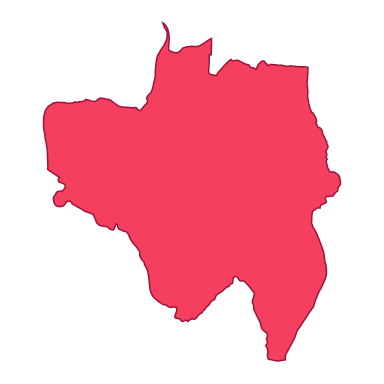 Pursat, Pouthisat, Cambodia (Robinson projection)
{"feature_id": "14789045B81185563432345", "entity_name": "Pursat", "entity_type": "district", "adm_level": 2, "iso_a3": "KHM", "parent_name": "Cambodia", "parent_adm1": "Pouthisat", "projection": "robinson", "projection_center": [103.921, 12.468], "detail": "fine", "context": "isolated", "style": "filled", "palette": "rose", "viewbox_px": 384, "rotation_deg": 0, "n_neighbors": 0, "source": "geoboundaries", "source_scale": "gbopen_adm2", "svg_char_len": 5948}
<svg xmlns="http://www.w3.org/2000/svg" viewBox="0 0 384 384"><path d="M47.2,149.2L47.7,160.8L47.9,166.6L47.6,169.4L50.9,171.7L54.5,174.1L59.5,177.5L58.8,177.9L58.3,179.5L58.4,181.4L59.6,182.3L61.9,183.0L64.3,184.1L65.2,184.9L65.2,187.3L63.7,189.6L62.7,190.8L57.3,191.6L56.4,192.6L55.4,194.5L53.7,196.8L53.3,199.3L53.7,200.4L53.9,202.4L54.7,203.9L55.9,205.5L57.1,206.2L59.1,206.7L61.3,206.5L63.5,205.9L67.1,201.4L68.5,201.1L70.3,201.4L71.6,202.4L72.3,204.1L74.3,205.0L77.6,207.0L81.3,208.9L83.6,210.6L85.5,211.5L90.6,213.2L93.0,214.4L93.9,216.1L95.0,218.5L96.2,221.7L96.8,222.9L98.5,224.7L100.0,225.4L102.2,226.1L104.9,226.5L106.7,226.5L108.5,227.7L109.9,229.2L113.1,230.0L114.2,228.9L115.2,225.9L116.4,223.7L117.5,224.7L117.8,227.0L118.3,228.3L119.0,229.3L120.5,229.7L121.4,230.1L122.1,230.6L123.9,231.2L126.3,231.8L127.3,232.8L128.8,235.1L129.6,237.4L130.4,239.1L132.1,241.8L133.7,243.9L136.6,247.1L137.7,248.7L138.7,250.3L139.8,251.8L139.8,255.5L140.0,256.4L141.1,258.6L142.6,260.7L144.1,262.1L144.2,263.0L144.4,264.4L146.5,268.1L147.3,270.0L147.8,271.8L148.4,274.8L148.8,277.3L149.9,288.4L150.5,291.2L151.7,294.4L153.3,296.9L154.6,298.3L156.6,299.9L157.6,300.9L158.9,301.9L160.1,302.5L163.2,304.6L166.2,305.1L167.1,305.8L167.7,306.4L170.0,307.3L171.3,307.4L172.5,307.2L173.8,306.9L174.7,307.0L176.3,307.6L176.8,309.6L176.7,310.7L176.3,312.5L175.6,313.8L174.9,316.3L175.1,317.8L177.6,318.6L180.0,318.9L181.1,320.8L182.3,321.4L183.4,321.4L184.9,320.3L185.9,320.3L186.7,320.9L187.9,321.4L189.2,320.5L190.3,319.6L191.3,319.1L192.3,318.9L193.5,319.2L194.3,319.3L195.6,318.6L196.4,317.8L198.4,315.3L199.3,314.4L200.3,313.7L201.6,313.1L202.3,312.2L202.9,311.1L204.4,309.8L205.1,309.2L205.8,307.9L206.9,306.7L207.7,305.9L208.5,305.5L209.2,304.6L210.1,303.0L212.3,300.5L213.6,300.1L214.5,299.5L215.3,297.8L215.8,296.3L216.4,295.1L218.2,293.9L219.8,292.7L221.8,291.5L223.8,289.6L227.1,286.9L227.9,286.8L229.0,286.5L229.2,285.2L230.1,284.5L230.7,284.1L231.4,283.7L232.5,283.3L232.8,281.9L232.8,280.8L233.0,279.4L233.2,278.5L233.4,277.8L234.0,277.0L235.7,276.4L237.1,276.9L238.5,279.2L239.8,280.6L240.6,281.0L243.4,280.8L244.3,281.4L245.4,282.4L248.0,285.1L249.7,287.2L251.4,289.4L254.5,293.3L253.9,295.7L253.3,298.2L252.8,299.6L252.3,301.5L252.4,302.4L252.9,303.5L253.8,305.6L253.8,307.9L253.7,309.2L260.5,323.3L261.1,326.8L261.7,328.0L262.4,329.6L265.6,332.2L266.6,333.0L267.5,334.2L267.2,336.3L266.5,339.4L267.0,341.0L267.4,341.7L267.3,343.3L266.7,344.5L265.7,345.4L267.3,348.3L267.6,349.4L267.8,351.1L268.0,352.3L267.4,354.3L267.4,355.6L267.8,356.6L267.8,358.2L268.8,359.4L270.0,359.5L271.5,359.8L275.4,360.7L278.2,361.0L282.1,360.4L284.2,360.0L285.4,359.9L285.4,355.2L294.4,338.5L295.4,335.9L296.3,333.1L297.2,330.7L298.1,329.2L300.2,326.6L302.1,323.4L305.5,318.4L308.8,313.2L310.8,310.5L312.0,308.6L313.5,306.8L313.9,305.4L315.2,301.0L316.6,297.3L318.9,291.9L321.4,287.4L323.6,282.7L325.2,278.8L326.3,275.2L326.5,272.1L326.4,269.6L326.1,266.6L325.8,264.2L324.9,261.5L324.6,259.3L323.9,253.5L323.6,252.0L322.0,247.4L320.3,242.7L319.0,239.3L318.0,237.0L317.4,235.3L316.4,233.0L315.0,230.3L312.5,226.2L312.2,224.4L311.6,223.7L311.5,222.3L311.7,221.4L311.8,217.1L312.1,213.8L312.6,211.6L313.3,210.7L315.3,209.5L316.4,208.3L317.4,208.0L319.1,208.0L320.1,208.0L320.4,205.7L320.9,205.0L322.1,204.4L324.1,203.7L326.2,202.3L326.2,201.4L325.8,200.6L325.5,199.3L325.5,197.9L326.1,196.7L327.2,196.4L328.4,196.6L329.2,196.5L330.2,196.0L331.2,196.2L332.0,196.3L333.3,195.6L334.2,194.5L335.1,193.0L336.1,192.0L337.3,191.4L337.7,190.4L337.9,188.9L338.1,187.7L338.7,186.8L339.5,185.8L340.4,184.4L340.5,182.9L340.3,181.2L340.0,179.7L339.8,177.7L339.0,175.8L338.0,174.7L335.5,172.8L334.1,172.1L333.0,171.8L331.8,172.1L330.6,171.9L329.5,171.5L328.8,169.8L327.8,168.2L327.4,166.6L327.2,165.4L326.9,164.1L326.5,163.2L326.3,161.2L326.6,160.1L327.2,159.0L326.4,157.8L326.1,156.9L326.6,155.9L326.8,155.0L326.8,154.1L326.3,152.9L326.0,151.2L327.8,147.6L328.0,146.0L327.5,145.2L326.7,143.7L326.8,141.6L325.4,139.7L324.7,137.6L324.0,136.2L323.1,134.8L322.6,133.6L322.2,130.9L320.4,128.2L319.2,127.6L317.7,127.1L317.0,125.0L316.4,123.7L316.0,122.5L316.6,121.4L316.2,119.2L315.6,117.5L314.7,116.1L313.2,113.1L311.7,112.4L310.4,109.4L309.5,106.9L308.4,101.6L308.0,98.8L307.6,95.9L307.6,94.9L307.9,91.8L307.4,86.4L307.0,83.0L307.4,79.0L307.8,73.4L308.0,67.3L304.4,66.8L299.5,66.7L295.1,66.4L290.0,65.8L288.4,66.5L285.1,66.0L280.8,65.1L280.0,65.4L275.2,64.8L270.1,64.4L268.5,65.6L266.9,64.9L266.8,63.9L265.3,63.0L265.1,62.1L264.0,61.0L262.5,61.1L261.1,61.6L260.2,62.9L258.5,64.1L256.8,67.8L256.3,69.1L254.9,68.6L253.2,67.8L250.5,67.3L249.8,66.4L249.2,65.2L247.4,64.4L246.6,64.6L244.2,63.5L240.3,61.5L238.7,60.6L236.2,60.2L233.1,60.9L231.9,60.5L231.5,59.5L229.8,60.2L225.8,63.9L219.8,70.6L217.4,73.5L216.5,75.6L212.8,74.9L210.6,74.5L208.9,73.2L208.6,70.2L209.1,63.8L209.3,55.9L209.5,54.7L211.2,54.8L211.3,49.8L211.5,44.6L211.5,38.5L209.5,39.5L207.1,41.0L204.9,42.6L201.7,44.5L199.5,46.0L195.9,46.6L191.3,46.3L186.6,46.9L183.0,48.0L179.6,51.5L177.4,52.7L173.9,52.5L170.6,51.3L168.6,49.9L168.8,44.1L169.3,38.4L168.9,33.8L167.6,28.7L165.9,25.8L164.0,23.7L162.8,23.0L164.6,27.9L166.8,30.9L167.2,33.7L167.0,37.7L166.2,40.6L163.7,45.8L161.3,49.1L157.5,55.8L156.5,59.7L155.8,65.3L155.5,69.1L155.2,71.0L155.4,75.0L154.6,79.7L153.6,83.5L152.8,87.8L151.2,92.1L149.7,94.0L147.8,95.8L146.6,98.0L147.4,100.5L147.6,102.4L144.7,105.3L142.5,108.1L140.4,110.4L138.8,110.4L135.9,107.5L133.9,107.7L131.3,107.7L127.3,107.3L122.3,107.1L119.0,106.4L116.3,104.5L113.2,102.2L110.3,100.0L108.3,99.4L105.5,99.0L103.8,98.4L102.5,98.5L100.6,98.0L99.2,98.5L97.1,100.0L95.1,101.7L93.8,101.4L91.2,101.1L88.2,100.0L85.7,99.4L84.3,101.0L83.2,101.1L81.5,101.7L79.4,101.7L77.2,102.4L75.0,101.9L73.1,102.8L69.3,103.4L67.6,103.2L64.8,102.6L57.6,102.3L53.4,103.0L48.4,106.2L45.2,110.8L43.7,116.8L43.5,122.9L43.7,129.0L44.7,133.5L45.2,138.3L46.0,142.0L47.2,149.2Z" fill="#f43f5e" stroke="#9f1239" stroke-width="1.5"/></svg>